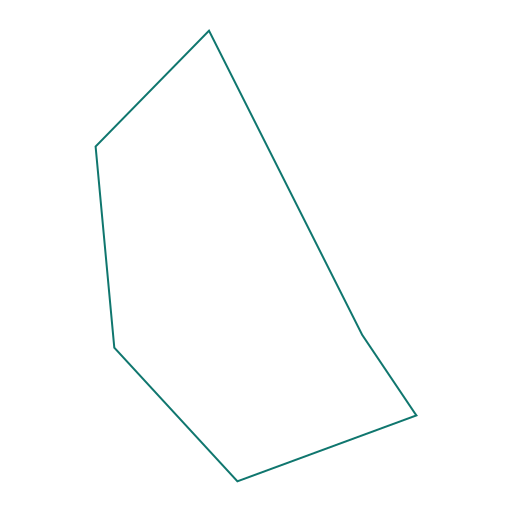 map outline of Melilla (Albers equal-area conic projection)
{"feature_id": "ESP-5835", "entity_name": "Melilla", "entity_type": "Autonomous City", "adm_level": 1, "iso_a3": "ESP", "parent_name": "Spain", "parent_adm1": "", "projection": "albers", "projection_center": [-2.939, 35.299], "detail": "fine", "context": "isolated", "style": "outline", "palette": "teal", "viewbox_px": 512, "rotation_deg": 0, "n_neighbors": 0, "source": "natural_earth", "source_scale": "10m", "svg_char_len": 221}
<svg xmlns="http://www.w3.org/2000/svg" viewBox="0 0 512 512"><path d="M237.4,481.3L114.3,347.7L95.6,146.5L209.0,30.7L362.2,334.9L414.7,413.0L416.4,415.4L237.4,481.3Z" fill="none" stroke="#0f766e" stroke-width="2"/></svg>